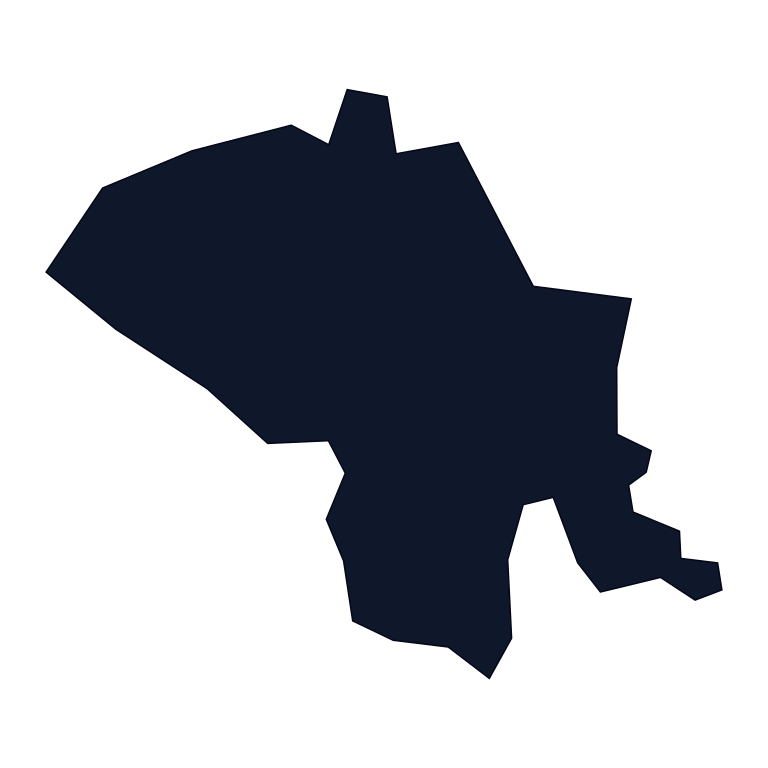 Yangibazar, Khorezm, Uzbekistan
{"feature_id": "79887680B22803301231900", "entity_name": "Yangibazar", "entity_type": "district", "adm_level": 2, "iso_a3": "UZB", "parent_name": "Uzbekistan", "parent_adm1": "Khorezm", "projection": "equal_earth", "projection_center": [60.467, 41.675], "detail": "fine", "context": "isolated", "style": "filled", "palette": "ink", "viewbox_px": 768, "rotation_deg": 0, "n_neighbors": 0, "source": "geoboundaries", "source_scale": "gbopen_adm2", "svg_char_len": 621}
<svg xmlns="http://www.w3.org/2000/svg" viewBox="0 0 768 768"><path d="M352.7,620.9L393.2,640.3L448.2,647.0L489.3,678.4L511.6,638.2L507.7,559.7L523.2,504.7L553.2,497.3L577.7,562.8L600.4,592.0L660.5,577.4L695.1,600.1L721.9,589.9L717.6,562.9L680.8,558.4L679.5,531.2L633.0,512.0L628.6,485.1L646.2,472.2L651.2,450.8L617.0,434.2L616.7,367.7L631.3,298.9L533.3,286.3L458.4,142.5L396.1,153.8L387.1,96.9L347.2,89.6L328.7,144.7L291.2,125.2L192.0,150.8L102.6,188.0L46.1,272.1L115.9,329.3L207.2,388.7L267.7,443.4L328.4,440.7L345.3,473.2L326.3,519.3L343.6,560.9L352.7,620.9Z" fill="#0f172a" stroke="#020617" stroke-width="1.5"/></svg>